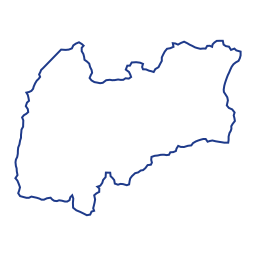 the district of Taperoá, Bahia, Brazil
{"feature_id": "56859067B18364917400541", "entity_name": "Taperoá", "entity_type": "district", "adm_level": 2, "iso_a3": "BRA", "parent_name": "Brazil", "parent_adm1": "Bahia", "projection": "mercator", "projection_center": [-39.219, -13.583], "detail": "fine", "context": "isolated", "style": "outline", "palette": "blue", "viewbox_px": 256, "rotation_deg": 0, "n_neighbors": 0, "source": "geoboundaries", "source_scale": "gbopen_adm2", "svg_char_len": 3120}
<svg xmlns="http://www.w3.org/2000/svg" viewBox="0 0 256 256"><path d="M240.6,51.6L236.3,50.4L234.4,48.6L231.0,49.9L229.0,46.7L225.8,46.1L223.6,44.6L222.8,40.8L219.4,40.8L216.7,40.9L214.3,42.6L212.6,44.4L212.1,46.8L209.8,45.8L207.2,45.9L205.6,48.6L203.3,48.5L200.3,48.8L197.5,48.1L195.1,47.4L192.1,45.8L189.7,44.7L187.4,43.3L184.1,41.7L181.1,42.9L178.0,44.6L175.4,43.5L172.8,43.2L173.5,46.8L170.3,48.2L167.0,48.8L164.8,51.5L163.3,54.3L161.8,57.4L161.8,60.9L160.2,63.8L158.5,67.2L155.3,69.1L153.7,72.0L151.2,71.2L149.0,70.7L146.0,69.4L143.0,69.3L142.1,67.0L143.0,63.9L140.1,62.7L136.1,62.2L131.7,62.5L129.9,65.7L127.3,65.7L125.8,69.6L129.0,72.0L130.3,74.7L131.1,77.0L128.8,78.6L125.5,78.3L123.3,79.8L120.8,79.9L118.1,79.5L114.7,80.1L112.2,80.2L109.8,79.8L106.2,80.2L102.8,82.8L100.1,83.2L97.2,82.6L94.4,82.1L91.5,80.4L89.6,78.0L90.8,75.1L92.1,72.8L91.6,70.0L90.1,67.0L89.2,63.6L86.9,61.5L84.5,59.8L84.1,56.9L83.4,54.1L81.7,51.2L81.7,47.8L83.6,45.7L81.9,44.1L79.0,42.3L75.9,43.6L73.3,45.4L71.9,48.4L68.7,49.6L65.6,49.9L61.1,49.6L43.0,68.2L41.1,70.0L40.3,72.1L39.1,74.4L40.1,76.9L38.5,79.0L36.8,80.6L35.1,83.4L33.7,86.6L33.1,88.8L31.4,90.9L29.0,92.0L26.4,92.6L27.8,95.0L28.5,97.9L29.0,100.8L27.0,102.6L25.8,106.1L27.8,109.1L28.2,112.1L26.3,113.8L23.9,115.2L22.1,117.4L23.3,120.4L23.2,123.4L23.1,126.7L21.5,129.6L21.3,132.3L21.0,134.9L21.0,137.8L20.1,140.5L19.4,144.5L18.2,147.5L17.9,150.4L17.8,153.8L17.2,157.0L15.9,159.6L15.5,162.3L15.9,166.0L16.6,168.3L16.8,171.3L17.5,175.1L15.4,178.2L17.4,180.6L18.8,184.0L20.0,187.3L19.1,190.7L18.2,193.2L20.1,196.1L23.7,197.1L26.4,197.8L28.9,197.8L31.4,196.6L34.6,197.3L36.9,197.8L39.4,198.6L41.6,199.7L43.9,199.7L46.9,198.3L50.6,197.7L52.2,199.5L54.2,200.8L56.9,201.1L59.1,200.3L61.9,200.7L64.8,201.5L67.3,201.5L69.5,200.2L70.3,197.3L72.2,195.3L73.3,198.6L72.9,202.9L73.1,207.7L76.3,210.3L80.2,211.9L83.9,213.7L86.8,215.2L90.2,214.6L91.5,211.6L94.1,210.8L93.2,208.2L93.8,205.9L94.6,202.5L95.1,199.4L94.2,195.3L96.4,193.4L99.2,191.9L99.3,188.4L97.4,186.7L100.3,185.7L102.3,182.8L103.1,180.0L105.6,177.1L105.9,172.6L110.2,172.7L110.6,176.2L112.5,178.0L114.2,180.1L114.8,183.6L118.0,184.7L120.4,183.9L123.0,184.1L126.8,185.2L129.1,184.4L129.6,181.1L130.2,178.5L131.9,176.2L135.1,173.2L138.2,172.4L140.7,170.5L143.1,170.1L145.4,168.1L147.6,165.1L150.9,164.7L151.9,162.6L151.2,159.9L151.5,156.9L154.7,155.8L157.7,155.5L160.8,154.8L164.0,154.7L166.5,155.1L169.0,154.8L170.3,152.3L173.3,152.1L175.9,151.0L176.5,148.6L178.2,145.9L180.7,146.9L184.0,147.0L187.9,145.8L191.3,145.4L193.0,143.1L195.9,141.4L198.5,140.4L201.0,139.6L203.3,139.0L205.7,139.0L207.6,141.7L209.8,141.0L212.4,140.5L215.8,141.3L218.9,141.8L222.1,142.3L224.5,142.7L228.2,142.7L228.6,140.0L228.6,136.6L229.5,133.0L230.7,131.0L231.4,128.8L231.3,126.2L232.7,123.8L234.9,121.0L234.4,118.0L233.7,115.4L234.6,112.5L232.2,109.4L228.8,107.9L226.8,105.4L227.3,103.1L227.9,100.4L227.3,97.3L225.6,94.6L223.9,92.0L223.7,89.6L224.3,85.7L225.1,82.8L226.1,79.8L227.0,77.3L227.9,75.0L229.0,72.8L230.2,69.9L231.7,66.7L233.5,64.2L235.8,62.4L238.5,60.9L239.8,58.3L240.6,55.4L240.6,51.6Z" fill="none" stroke="#1e3a8a" stroke-width="2"/></svg>